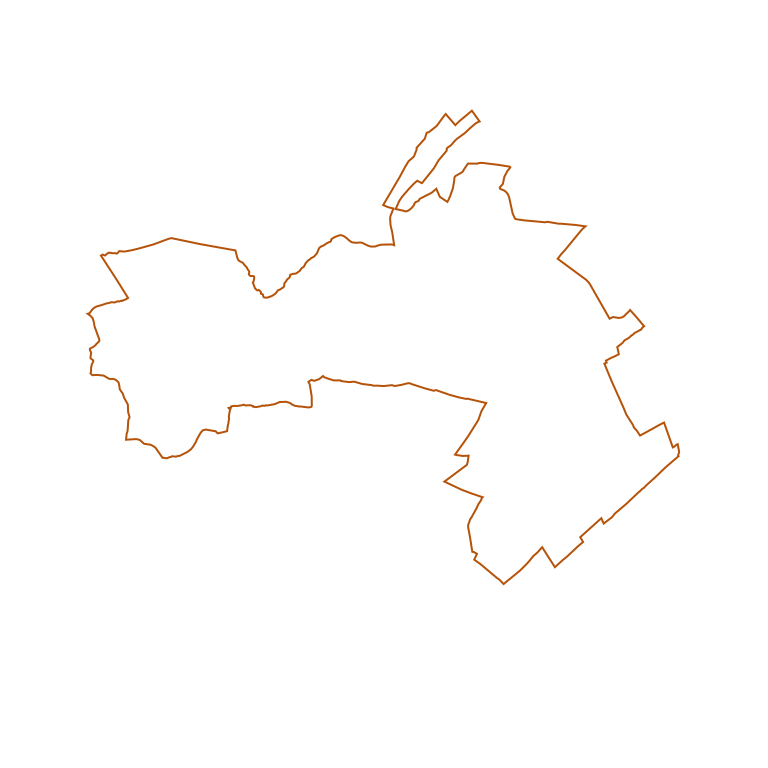 outline of Horlesti, Iasi, Romania, rotated 64°
{"feature_id": "2599482B24639761167340", "entity_name": "Horlesti", "entity_type": "district", "adm_level": 2, "iso_a3": "ROU", "parent_name": "Romania", "parent_adm1": "Iasi", "projection": "orthographic", "projection_center": [27.382, 47.099], "detail": "fine", "context": "isolated", "style": "outline", "palette": "amber", "viewbox_px": 768, "rotation_deg": 64, "n_neighbors": 0, "source": "geoboundaries", "source_scale": "gbopen_adm2", "svg_char_len": 6165}
<svg xmlns="http://www.w3.org/2000/svg" viewBox="0 0 768 768"><g transform="rotate(64 384 384)"><path d="M578.0,150.9L577.1,151.0L574.5,148.5L566.8,146.4L566.8,147.6L567.5,150.6L567.6,152.2L541.4,149.2L541.5,155.0L541.9,161.3L542.6,176.5L537.3,177.1L532.7,178.4L529.9,178.2L517.7,179.6L510.2,179.1L481.6,178.2L462.3,177.0L462.4,174.5L460.3,174.3L460.1,167.6L460.3,164.5L460.2,159.9L453.0,158.1L451.7,151.8L450.3,148.9L450.1,147.9L450.1,145.2L449.3,141.4L449.0,141.1L448.6,138.0L448.0,136.6L447.7,128.7L447.1,128.2L446.8,127.4L446.1,125.5L446.1,124.9L433.0,128.2L425.4,130.4L425.8,131.1L428.3,138.7L428.5,140.6L427.7,143.8L424.2,148.8L424.2,152.6L384.0,155.2L382.2,155.6L378.2,156.9L377.9,157.2L347.6,173.0L345.0,167.8L343.0,162.7L332.7,140.2L331.5,137.2L330.6,133.8L325.1,142.0L317.9,154.0L316.4,156.9L310.0,165.8L309.6,166.8L309.4,168.1L298.1,186.7L294.8,191.5L293.5,193.3L292.8,193.8L287.1,193.6L270.7,189.6L267.4,189.5L264.4,190.3L262.6,191.3L259.6,194.0L258.4,194.0L257.5,192.7L256.9,190.7L256.1,189.3L250.5,185.0L246.6,179.6L244.7,175.5L244.0,175.6L243.5,176.1L237.0,185.4L228.1,199.1L226.9,202.3L227.0,203.1L222.7,212.0L226.1,217.9L227.4,219.7L227.9,221.0L228.4,228.7L229.0,229.8L229.8,230.5L232.1,231.8L238.2,236.2L243.5,241.5L246.6,245.1L248.1,247.2L240.2,251.8L231.5,251.4L233.0,257.4L233.2,270.0L233.4,271.0L234.6,272.8L234.4,276.1L235.4,277.8L236.3,278.6L237.2,280.3L238.1,282.5L238.8,285.9L238.7,287.9L238.2,289.1L236.2,291.3L231.9,296.8L226.2,290.1L223.5,285.4L219.3,275.5L216.8,268.6L215.9,265.0L220.1,261.9L220.0,261.6L212.1,244.8L206.9,236.9L201.7,225.3L199.9,224.4L199.5,223.5L198.8,219.2L196.5,213.8L195.6,210.9L193.9,201.3L191.8,194.6L189.9,187.2L189.8,184.5L190.0,183.0L176.9,185.2L180.8,201.1L182.6,206.4L168.4,210.2L169.3,212.4L175.2,223.6L177.3,233.2L176.9,235.5L181.4,239.8L186.0,251.2L187.5,251.8L192.5,257.2L192.8,257.8L194.5,264.2L197.9,269.5L204.8,279.1L222.8,306.3L226.6,303.1L230.4,298.6L235.9,304.6L237.8,305.9L244.4,308.6L251.2,310.1L263.7,314.0L262.4,315.3L261.7,316.4L257.4,325.8L256.7,329.8L256.6,331.5L254.9,335.2L253.9,336.5L252.1,338.2L247.4,341.8L246.2,343.8L245.2,346.4L243.8,349.0L242.4,350.9L239.5,352.5L237.4,353.2L233.6,355.2L231.9,356.7L231.0,358.2L230.7,359.8L230.4,363.2L230.4,365.0L230.8,367.5L231.0,368.0L232.4,369.2L232.6,369.7L232.4,371.6L232.5,374.6L232.9,376.4L233.0,378.8L232.8,380.3L233.3,382.4L233.8,383.2L237.0,386.8L238.4,389.8L238.9,391.4L238.9,394.3L239.5,396.1L239.6,397.7L239.8,398.4L241.1,401.5L243.5,404.7L243.7,407.1L245.4,410.1L246.1,414.4L245.9,415.5L245.0,417.8L244.8,420.4L245.0,420.8L246.1,421.3L247.0,422.6L247.5,425.1L248.5,426.6L249.9,429.4L252.4,431.0L253.1,432.1L253.1,433.5L253.5,436.1L253.3,438.3L255.0,441.5L255.6,444.2L255.7,446.8L255.2,451.1L253.8,453.7L253.4,454.0L252.2,454.1L250.4,453.6L248.9,455.0L247.6,454.3L245.5,454.8L244.5,455.4L244.5,456.5L244.0,457.1L241.4,458.0L235.3,457.4L234.9,456.5L231.8,454.1L230.4,453.7L229.7,454.1L228.6,456.5L227.5,457.2L226.1,457.4L224.3,456.0L223.5,455.8L220.9,456.3L219.3,456.2L215.2,457.4L213.5,457.6L209.7,460.3L208.7,460.6L206.3,460.5L198.8,459.0L177.9,487.6L159.7,511.1L159.1,513.8L157.5,530.0L154.8,544.7L153.3,551.6L151.2,559.2L148.5,563.8L149.4,565.6L149.7,567.0L148.6,568.2L147.1,571.3L146.1,572.2L145.7,573.6L145.3,573.9L145.6,576.3L146.2,578.2L146.0,578.7L144.4,580.0L144.5,582.1L171.9,578.7L194.5,576.3L194.7,578.7L194.5,582.9L194.2,582.9L193.9,583.9L193.7,586.1L192.8,587.2L192.8,589.4L192.5,590.6L191.0,593.1L190.8,594.2L190.7,595.4L189.9,598.2L189.3,603.1L188.4,607.8L188.4,610.6L189.0,613.2L191.3,617.7L191.0,619.5L194.1,617.9L197.1,617.0L202.0,617.8L203.6,618.5L206.2,619.0L219.5,620.4L220.4,620.9L220.8,621.4L221.9,624.9L222.6,626.3L223.3,629.7L223.2,631.7L223.5,633.0L225.0,633.5L227.3,633.4L231.7,636.3L232.5,636.4L235.3,635.0L236.1,635.3L238.6,638.3L241.1,640.2L244.5,641.9L245.6,643.1L246.5,643.0L248.2,642.3L250.0,638.0L253.5,632.3L258.6,629.0L259.2,628.4L260.7,625.3L261.5,624.3L263.1,623.0L266.1,621.9L268.3,622.3L273.0,623.8L278.0,623.0L282.5,623.6L290.1,623.2L297.1,626.3L302.1,627.2L302.7,627.6L304.3,629.6L312.7,634.4L314.6,635.7L315.6,636.9L321.0,640.3L324.4,632.0L325.4,630.1L327.3,628.0L332.6,625.8L336.2,620.5L337.0,619.8L340.4,617.6L341.7,617.2L353.3,615.4L353.4,614.7L355.3,612.3L355.6,611.4L355.7,609.3L356.1,607.8L356.0,606.3L358.1,602.8L358.4,600.7L359.0,599.1L358.9,590.6L358.1,586.4L356.9,583.6L353.6,578.4L352.1,576.9L347.5,570.3L346.2,567.1L346.8,564.2L352.7,556.0L355.4,555.2L356.4,551.3L357.6,545.7L353.0,542.7L350.4,540.5L349.2,540.0L347.5,538.5L345.3,537.8L340.7,534.5L338.7,532.6L337.8,534.2L337.4,534.2L338.0,532.2L337.9,531.7L337.2,531.3L337.6,529.2L339.6,525.0L340.7,521.5L340.9,519.9L341.4,518.8L342.4,518.2L344.4,513.6L345.0,512.8L345.8,512.1L346.7,511.8L346.7,511.3L347.2,511.3L348.7,509.2L349.9,504.7L350.2,502.3L350.8,501.8L351.3,500.8L351.3,499.6L352.0,498.8L353.9,492.2L354.2,490.6L354.5,485.6L357.1,479.7L360.1,476.6L362.0,475.7L364.6,473.6L367.6,469.2L367.9,468.3L368.8,467.1L372.0,462.1L372.7,459.7L372.5,459.0L371.9,458.4L363.1,454.3L351.7,450.9L348.9,451.0L348.5,447.5L350.6,445.2L351.2,440.2L350.1,435.3L351.4,435.0L355.2,431.4L358.8,427.5L361.7,421.5L362.5,421.3L367.0,414.6L368.8,409.8L374.4,403.6L379.6,395.6L381.1,393.9L382.3,391.2L385.8,385.0L388.5,377.4L390.0,375.9L390.8,374.4L392.5,368.3L393.7,362.5L394.5,360.6L396.1,359.3L405.9,349.1L411.9,342.2L412.2,340.0L422.1,330.2L428.9,322.5L433.5,316.6L433.7,315.5L445.9,300.5L451.1,308.3L457.4,314.7L458.9,316.9L467.3,330.4L471.4,337.7L478.6,351.1L480.3,349.1L481.1,347.7L483.2,344.8L485.5,339.4L491.0,343.1L493.0,345.0L498.2,372.5L513.5,360.2L520.6,353.5L529.0,345.0L529.2,345.9L531.0,347.7L533.5,352.0L535.9,354.8L542.0,363.5L543.5,366.0L547.8,370.3L549.8,371.2L558.9,373.7L573.5,378.2L574.5,376.8L577.4,374.9L581.4,379.9L588.5,376.1L607.9,367.5L610.0,366.2L616.2,364.2L611.4,343.8L608.7,335.8L607.1,331.7L604.0,325.0L602.8,320.2L600.0,313.4L623.6,310.7L620.6,300.6L619.4,295.3L614.8,280.5L613.3,274.3L607.7,274.8L599.9,247.5L605.7,247.7L603.7,237.6L601.6,233.1L597.9,218.5L592.9,202.7L592.7,201.4L591.6,198.3L591.2,195.8L590.0,192.5L587.0,182.0L582.3,167.4L578.0,150.9Z" fill="none" stroke="#b45309" stroke-width="2"/></g></svg>